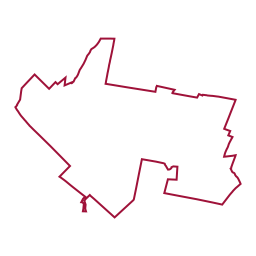 Lupsanu, Calarasi, Romania
{"feature_id": "2599482B13609226917732", "entity_name": "Lupsanu", "entity_type": "district", "adm_level": 2, "iso_a3": "ROU", "parent_name": "Romania", "parent_adm1": "Calarasi", "projection": "natural_earth1", "projection_center": [26.944, 44.379], "detail": "fine", "context": "isolated", "style": "outline", "palette": "rose", "viewbox_px": 256, "rotation_deg": 0, "n_neighbors": 0, "source": "geoboundaries", "source_scale": "gbopen_adm2", "svg_char_len": 3068}
<svg xmlns="http://www.w3.org/2000/svg" viewBox="0 0 256 256"><path d="M222.2,204.6L229.9,194.6L231.9,192.3L232.1,192.1L233.2,190.7L233.3,190.6L235.7,188.1L237.5,186.6L239.2,185.1L240.6,183.9L240.0,182.4L238.9,180.1L238.1,178.5L237.3,177.3L236.1,176.3L235.2,175.0L234.6,173.5L234.0,172.9L232.8,172.4L232.0,171.6L231.6,170.5L231.0,169.4L230.6,168.6L231.3,167.9L231.3,167.2L231.4,166.8L231.7,166.1L232.6,163.5L233.5,161.1L235.4,156.0L235.6,155.2L232.4,155.8L225.4,156.6L224.1,156.7L224.5,155.1L225.0,153.3L225.4,152.2L225.9,151.0L226.3,150.1L226.6,149.4L227.2,148.3L227.7,147.3L228.1,146.3L228.4,145.3L228.8,144.1L229.3,143.0L229.9,141.8L230.5,140.7L231.4,139.0L232.1,137.8L232.3,137.4L232.5,137.0L228.3,135.4L230.2,131.0L228.8,130.5L228.2,130.3L226.0,129.5L224.2,128.8L228.6,117.8L230.5,112.9L233.5,105.3L235.4,100.5L235.6,99.8L227.0,98.2L218.3,96.6L217.2,96.5L212.6,95.9L211.0,95.8L209.9,95.7L207.6,95.5L206.4,95.2L206.0,95.2L204.6,95.0L202.8,94.8L202.4,95.5L199.0,94.1L197.1,97.6L190.2,96.4L183.6,95.2L172.6,93.2L172.4,93.1L172.6,92.5L172.8,92.1L174.6,89.8L156.9,85.9L156.8,86.5L156.3,87.0L155.4,91.8L127.0,87.3L112.4,84.9L105.6,83.8L105.9,82.4L106.0,81.5L107.2,75.2L107.5,73.4L107.8,72.0L108.0,71.1L108.1,70.5L108.5,68.5L108.8,67.0L109.1,65.1L109.8,62.1L110.2,59.9L110.6,58.2L110.7,57.7L110.8,57.3L111.4,54.5L111.7,53.1L113.1,46.1L113.3,45.2L113.4,44.4L113.8,42.2L114.1,40.7L114.4,38.7L110.1,38.6L105.7,38.6L100.7,38.6L100.3,39.4L100.1,39.8L99.8,40.2L99.1,41.6L97.7,43.6L96.5,45.1L94.6,47.0L93.0,48.1L91.4,49.1L90.5,50.5L90.3,51.1L90.0,52.0L88.8,53.8L87.3,55.6L86.9,56.5L85.5,59.9L83.6,63.8L80.9,68.2L80.2,69.2L79.7,70.0L78.8,72.4L78.0,74.5L77.5,75.5L76.8,76.6L76.3,77.3L75.8,77.8L75.5,78.1L75.2,78.2L73.6,81.6L73.4,81.7L72.7,82.3L72.3,82.8L71.7,83.2L71.3,83.2L71.1,83.0L71.2,82.6L64.6,85.4L65.5,77.6L57.6,84.2L55.5,82.1L49.1,88.8L34.6,74.5L27.3,82.2L21.7,88.2L21.2,91.1L20.1,99.6L17.0,104.8L17.1,105.1L16.7,105.7L16.3,106.3L15.8,106.7L15.5,106.9L15.4,107.1L15.4,107.3L15.5,107.5L16.0,108.2L16.6,109.3L16.9,109.8L18.2,111.5L18.7,112.4L19.5,113.6L20.3,114.8L21.2,116.0L21.9,116.8L23.9,119.1L24.8,120.2L25.2,120.6L25.6,121.0L26.3,121.9L27.5,123.3L28.2,124.1L29.0,125.0L29.3,125.3L29.5,125.7L30.6,126.7L33.3,129.4L39.6,135.5L50.4,146.1L58.3,154.1L64.1,160.0L70.0,166.0L59.5,176.7L60.6,177.4L62.5,178.8L64.4,180.2L66.2,181.6L70.4,185.1L73.4,187.5L80.9,193.4L85.4,196.9L84.6,197.5L83.8,198.0L83.3,198.5L83.0,198.9L81.3,202.2L82.4,202.3L83.2,203.1L83.6,203.6L83.8,204.5L83.5,207.2L83.4,208.6L82.9,211.3L86.0,211.4L85.6,210.1L85.3,208.9L85.3,207.7L85.6,204.6L84.8,202.1L84.3,200.8L86.3,198.2L87.2,197.6L88.1,196.6L89.3,195.5L89.8,195.0L90.6,195.9L94.2,199.0L114.6,217.4L133.2,200.3L133.7,199.7L133.9,199.1L136.2,187.9L139.0,173.6L141.9,159.2L155.8,161.6L163.4,163.2L164.7,163.7L165.3,165.3L166.1,166.2L166.3,166.7L168.0,169.6L169.2,169.5L170.0,169.2L170.7,168.7L171.1,168.3L171.3,168.1L171.5,167.2L173.3,166.4L177.4,166.7L176.6,179.7L167.9,179.3L164.3,193.1L179.0,195.9L197.1,199.3L212.6,202.5L220.0,204.1L222.2,204.6Z" fill="none" stroke="#9f1239" stroke-width="2"/></svg>